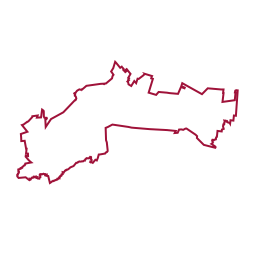 the district of Riva Palacio, Chihuahua, Mexico, rotated 97°
{"feature_id": "50627088B7033951522319", "entity_name": "Riva Palacio", "entity_type": "district", "adm_level": 2, "iso_a3": "MEX", "parent_name": "Mexico", "parent_adm1": "Chihuahua", "projection": "mercator", "projection_center": [-106.489, 28.847], "detail": "fine", "context": "isolated", "style": "outline", "palette": "rose", "viewbox_px": 256, "rotation_deg": 97, "n_neighbors": 0, "source": "geoboundaries", "source_scale": "gbopen_adm2", "svg_char_len": 5663}
<svg xmlns="http://www.w3.org/2000/svg" viewBox="0 0 256 256"><g transform="rotate(97 128 128)"><path d="M138.0,233.6L144.0,227.4L147.0,233.6L150.9,232.8L154.0,232.3L153.3,229.0L161.7,226.4L161.5,226.1L165.6,226.1L165.6,224.2L168.0,223.8L167.8,226.1L168.9,226.1L171.8,222.9L173.2,221.1L174.0,219.8L175.8,225.6L176.3,225.7L176.5,225.5L177.5,225.9L177.8,226.1L177.9,226.7L179.1,227.6L179.4,228.0L180.2,228.1L180.1,228.5L180.5,228.8L180.7,229.1L180.9,229.2L180.8,229.3L181.0,229.6L180.8,229.6L180.9,229.8L181.3,229.8L181.8,230.1L182.1,230.9L182.3,231.1L182.3,231.4L182.5,231.8L182.9,231.6L183.1,231.7L183.5,231.7L183.9,231.4L184.1,231.6L184.3,231.6L184.7,231.3L184.7,230.9L184.9,230.8L186.2,231.1L186.6,231.7L187.5,231.6L187.8,232.1L188.2,232.0L188.3,232.2L188.5,232.2L188.8,231.9L189.3,231.8L189.6,231.9L190.9,230.5L189.4,223.6L191.8,219.5L191.1,218.5L190.8,218.6L190.5,218.3L190.3,218.5L190.3,218.3L190.1,218.1L189.2,217.4L189.3,217.3L189.0,216.7L188.8,216.6L188.7,216.3L188.9,216.2L188.8,215.9L188.6,215.9L188.5,215.6L188.3,216.0L187.8,215.8L187.9,215.2L187.8,214.9L187.8,214.4L187.6,214.3L187.6,214.1L187.5,213.8L188.1,213.9L188.2,213.7L188.1,213.3L188.3,213.5L188.7,213.0L188.6,212.6L188.8,212.3L188.8,211.6L188.8,210.9L188.8,210.6L189.1,210.7L189.1,210.3L188.9,210.4L188.6,209.8L188.3,209.6L187.8,209.4L187.6,209.0L186.9,209.1L186.3,209.3L185.7,209.4L185.3,209.6L185.2,209.9L184.9,209.9L184.7,209.8L184.4,209.2L184.6,208.1L184.3,207.9L184.4,207.5L184.2,207.3L183.7,206.3L184.1,205.4L183.8,204.9L183.8,204.5L183.9,203.9L184.1,203.8L184.5,203.8L184.5,204.1L184.4,204.2L184.6,204.4L184.9,204.4L184.8,204.0L185.0,203.8L185.0,203.6L184.9,203.6L184.9,203.4L185.1,203.4L185.1,203.2L184.9,203.0L185.4,203.0L185.4,202.7L185.1,202.5L185.4,202.3L185.4,202.0L185.6,201.6L185.5,201.3L192.1,198.8L190.9,197.4L190.4,197.1L190.1,196.5L189.9,196.3L189.9,195.9L189.5,195.7L189.6,195.1L188.9,194.4L188.7,193.6L188.4,193.5L188.2,193.0L188.0,192.8L188.1,192.4L187.7,191.8L187.3,191.9L187.2,191.7L186.9,191.7L186.9,191.4L186.8,190.8L186.5,190.8L186.1,190.7L185.4,190.4L185.1,190.1L185.3,189.9L185.2,189.9L185.2,189.7L184.8,189.7L184.3,189.2L183.9,189.3L183.7,188.7L183.4,188.5L183.4,188.3L182.6,188.2L182.4,188.3L182.2,187.6L181.7,187.1L181.1,187.3L180.9,187.2L180.8,187.4L180.4,187.2L180.3,187.4L179.8,187.5L179.9,186.9L179.9,186.3L179.5,186.3L178.7,185.6L178.4,185.4L178.1,185.4L177.7,185.0L177.7,184.8L177.3,184.5L177.4,184.1L176.7,183.6L176.7,182.9L175.4,181.5L174.1,180.4L172.4,177.4L168.9,175.2L168.9,174.5L168.2,173.8L168.2,173.5L167.6,173.1L167.3,172.4L167.3,172.0L167.1,171.8L167.2,171.5L167.1,170.9L167.1,170.7L166.7,169.8L166.8,169.5L166.6,169.1L166.5,168.4L166.1,168.2L165.6,167.4L165.6,166.9L165.3,166.9L164.9,166.6L164.6,166.7L164.3,166.6L164.2,166.5L163.9,166.0L163.5,165.9L163.0,165.5L162.9,165.1L163.1,164.0L162.8,163.3L162.5,162.9L162.1,162.7L162.0,162.1L161.8,162.0L161.3,162.0L161.3,161.9L161.2,161.4L161.3,161.2L161.5,161.2L162.2,160.9L162.6,161.0L162.8,161.3L163.2,161.3L163.9,160.3L164.3,160.1L164.7,160.3L165.2,160.3L165.6,160.7L166.0,160.7L166.0,161.1L166.3,161.0L166.5,161.2L166.7,160.9L166.5,160.2L166.7,159.1L166.9,158.7L163.5,156.5L164.0,155.0L161.4,154.3L157.9,153.8L157.6,152.4L156.2,147.8L155.9,147.6L155.9,147.4L155.0,147.0L154.7,146.5L154.3,146.1L154.3,145.9L153.4,145.4L152.5,145.5L144.8,147.3L142.8,148.3L130.6,150.2L129.5,148.2L126.5,143.9L126.9,127.6L127.2,124.4L126.5,106.5L125.3,89.0L125.1,80.2L127.3,81.0L126.7,78.1L123.3,77.1L122.9,74.7L123.1,73.0L121.6,70.9L121.4,69.9L126.4,60.1L127.7,58.4L129.5,58.4L135.5,50.7L137.1,38.2L136.6,38.9L136.0,38.9L135.8,39.1L134.4,41.8L134.0,42.3L133.8,42.4L133.8,42.7L133.6,43.2L132.9,42.3L132.6,42.3L132.4,42.2L131.9,42.3L131.6,42.0L131.3,42.2L131.1,42.5L130.6,42.8L130.1,43.0L129.4,42.8L129.3,42.3L129.5,41.1L129.2,40.9L128.9,40.4L128.7,39.5L128.3,39.3L127.5,39.5L126.7,39.4L126.2,39.0L125.6,38.9L125.6,38.7L120.0,38.8L120.0,34.6L118.1,34.6L117.2,32.9L115.1,33.8L114.5,33.9L112.9,33.8L112.9,33.1L112.5,32.9L111.4,33.2L111.1,32.9L110.5,32.9L110.4,32.8L109.3,33.0L108.9,33.2L109.0,32.0L108.8,31.8L109.3,30.9L109.2,30.7L109.7,30.6L109.7,30.3L109.9,30.3L110.4,29.3L110.4,28.7L110.5,28.2L110.5,27.8L110.9,27.5L111.3,27.2L107.8,27.2L107.8,24.3L102.7,24.4L102.7,22.4L77.3,23.7L77.3,25.3L77.7,25.6L77.7,25.9L77.2,26.0L79.7,26.2L79.7,25.6L87.4,25.4L90.6,37.4L81.7,37.4L81.7,37.9L78.1,37.9L78.4,40.2L78.9,53.7L85.4,58.7L76.9,79.6L80.0,80.2L81.0,76.6L81.7,76.8L80.8,80.4L88.0,82.5L88.3,90.8L88.2,93.7L88.5,102.0L91.7,104.1L90.4,111.8L76.2,109.3L75.9,111.0L74.0,110.7L73.5,110.5L72.2,117.9L72.4,117.7L72.4,118.2L73.3,118.7L73.4,118.9L73.8,119.1L78.0,123.4L77.9,124.5L82.5,125.4L80.6,127.5L85.9,129.9L84.6,132.8L83.8,133.0L82.9,133.4L82.4,133.5L82.0,134.2L80.5,133.0L80.2,133.7L78.6,133.0L78.2,133.9L74.0,132.1L69.7,136.5L71.0,137.8L72.0,136.7L72.8,137.5L71.3,138.9L71.5,139.1L71.2,139.6L70.6,139.8L70.1,139.7L70.1,139.9L69.5,140.0L69.1,140.4L68.6,141.1L67.9,141.7L69.2,143.1L64.7,147.8L63.9,148.8L70.1,149.9L70.3,149.9L74.0,151.6L76.1,149.6L76.6,149.4L77.0,148.9L78.4,149.7L80.7,149.9L86.5,155.3L86.6,156.2L86.9,156.7L87.1,156.7L87.4,157.1L87.3,157.4L87.0,157.6L87.5,160.5L91.2,174.4L94.8,177.7L94.7,177.7L95.8,179.5L95.6,181.0L97.1,183.0L98.5,183.9L100.2,184.6L99.6,186.1L101.5,184.5L102.0,184.8L102.5,184.7L103.1,183.7L104.9,182.9L106.3,183.2L106.7,183.5L106.5,183.8L120.3,194.1L128.5,205.5L137.0,209.8L129.7,211.1L129.4,210.3L128.7,209.8L128.2,209.7L127.8,210.0L128.0,212.2L127.0,212.9L122.0,213.6L121.3,213.8L121.0,214.1L120.2,215.5L128.1,215.6L128.8,219.7L126.6,219.2L128.0,224.4L128.9,224.4L133.5,227.7L134.5,229.0L134.4,229.1L137.2,232.0L138.0,233.6Z" fill="none" stroke="#9f1239" stroke-width="2"/></g></svg>